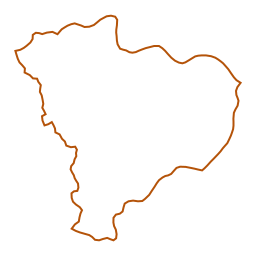 outline of São José da Barra, Minas Gerais, Brazil
{"feature_id": "56859067B48655576438167", "entity_name": "São José da Barra", "entity_type": "district", "adm_level": 2, "iso_a3": "BRA", "parent_name": "Brazil", "parent_adm1": "Minas Gerais", "projection": "orthographic", "projection_center": [-46.25, -20.76], "detail": "fine", "context": "isolated", "style": "outline", "palette": "amber", "viewbox_px": 256, "rotation_deg": 0, "n_neighbors": 0, "source": "geoboundaries", "source_scale": "gbopen_adm2", "svg_char_len": 2391}
<svg xmlns="http://www.w3.org/2000/svg" viewBox="0 0 256 256"><path d="M102.9,239.0L107.2,237.9L110.3,239.2L113.5,240.3L116.1,238.3L116.6,234.2L115.8,229.6L114.1,226.1L113.4,222.5L113.5,217.8L115.9,214.6L119.8,213.7L122.6,211.5L123.6,207.2L124.7,203.6L128.5,201.3L133.1,200.6L138.0,201.3L142.3,201.0L144.9,199.0L146.9,197.1L149.2,194.9L151.7,191.0L154.6,186.7L156.7,183.3L159.0,180.2L162.5,177.5L165.3,176.0L168.1,175.4L171.2,173.9L173.9,170.8L176.5,167.9L180.1,166.7L185.6,166.9L190.8,167.9L194.6,168.7L197.9,169.5L202.1,170.4L204.4,168.4L207.3,165.5L210.8,161.6L213.7,158.7L215.9,156.4L218.1,154.1L220.6,151.3L222.8,148.3L224.8,146.0L227.3,143.2L229.2,139.3L230.9,135.6L232.0,132.5L233.1,129.2L233.5,125.7L233.5,121.8L233.4,118.7L233.9,112.8L235.4,109.5L237.6,105.7L238.5,100.8L237.6,98.0L236.4,95.0L236.0,90.9L237.4,87.1L240.6,82.8L236.5,80.2L233.9,77.3L231.0,73.2L228.3,69.2L225.6,66.1L223.1,63.3L220.9,61.5L218.2,59.5L215.3,57.7L211.1,56.2L206.0,55.4L201.6,55.4L198.2,55.7L195.2,56.4L192.4,58.1L189.0,60.2L185.3,62.4L182.4,63.3L178.9,62.6L175.0,60.7L171.3,57.7L167.8,53.9L165.1,50.8L162.3,48.2L159.0,46.0L154.1,46.0L149.8,47.1L145.8,48.1L142.2,49.4L138.6,50.8L135.8,52.1L132.4,52.7L129.4,52.2L126.1,50.4L123.2,49.7L120.1,48.7L117.6,44.3L116.9,40.5L116.6,36.0L116.2,32.6L116.3,29.6L116.9,25.4L117.2,19.8L115.2,16.7L111.0,15.7L106.6,16.3L103.8,17.8L100.3,19.7L97.1,22.4L93.9,25.0L89.3,26.7L84.5,27.0L81.1,25.5L77.7,24.4L74.7,23.4L71.2,24.2L67.5,25.7L64.5,27.5L61.7,29.3L59.7,31.6L57.5,34.2L52.5,31.9L46.9,32.6L42.2,34.1L39.1,33.1L35.8,32.8L32.8,34.9L32.6,39.0L30.4,42.5L26.5,45.9L23.8,47.9L20.3,49.8L15.4,50.9L16.4,54.4L17.8,58.8L19.5,62.4L22.2,65.2L24.9,68.4L24.6,72.5L29.8,75.1L33.0,78.4L37.1,78.7L38.3,81.8L40.8,85.1L40.2,88.7L39.9,91.9L41.7,95.4L42.6,99.8L43.3,103.9L42.3,107.8L44.0,110.8L45.6,114.2L42.0,116.2L42.5,120.5L44.5,125.4L48.3,124.2L51.8,122.1L53.6,125.4L55.0,128.5L55.4,132.4L59.6,134.4L62.0,138.8L64.9,141.5L66.3,145.6L70.9,147.2L75.2,146.7L76.9,149.7L76.0,153.0L76.3,156.2L74.6,159.3L73.7,163.1L71.2,166.1L70.6,169.3L72.1,172.4L73.8,175.2L74.7,178.2L76.2,180.8L78.0,183.5L78.4,187.7L77.3,190.9L74.0,191.3L71.5,193.3L71.7,197.9L73.0,201.7L75.9,204.5L79.8,207.2L82.0,210.2L80.5,213.5L79.5,217.4L78.8,221.6L74.9,224.4L71.7,228.7L75.8,230.9L79.8,232.4L84.0,233.6L89.3,235.1L92.2,237.0L95.0,239.8L99.1,240.3L102.9,239.0Z" fill="none" stroke="#b45309" stroke-width="2"/></svg>